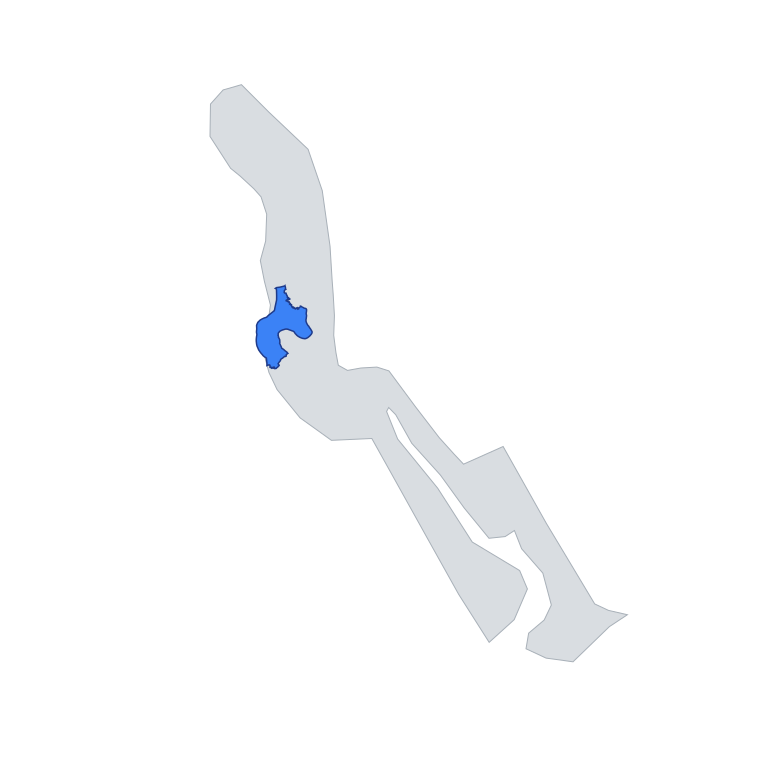 Niani, Central River, Gambia shown in context, rotated 240°
{"feature_id": "56634734B41420439456091", "entity_name": "Niani", "entity_type": "district", "adm_level": 2, "iso_a3": "GMB", "parent_name": "Gambia", "parent_adm1": "Central River", "projection": "robinson", "projection_center": [-14.889, 13.677], "detail": "fine", "context": "in_parent", "style": "filled", "palette": "blue", "viewbox_px": 768, "rotation_deg": 240, "n_neighbors": 0, "source": "geoboundaries", "source_scale": "gbopen_adm2", "svg_char_len": 6428}
<svg xmlns="http://www.w3.org/2000/svg" viewBox="0 0 768 768"><g transform="rotate(240 384 384)"><path d="M107.7,345.9L164.4,343.5L233.0,344.5L307.7,345.7L342.9,346.2L361.5,310.3L396.6,294.4L432.6,288.6L451.4,290.1L471.2,295.4L509.1,325.1L532.8,331.8L552.7,338.6L567.0,353.0L589.7,367.3L607.6,371.1L618.2,368.9L635.9,363.4L647.5,359.0L685.4,357.1L713.2,373.7L719.1,391.7L714.5,410.2L677.1,420.2L625.2,435.6L582.3,427.2L530.2,406.1L499.7,390.9L487.0,384.8L467.9,375.2L451.3,364.8L435.3,358.1L423.1,353.8L414.0,359.2L409.4,372.0L402.2,386.3L392.9,394.8L349.1,399.8L309.9,405.0L288.8,409.5L274.8,412.8L270.3,455.9L225.8,455.4L182.2,454.9L136.9,455.7L88.2,456.5L75.7,465.2L62.5,479.4L61.2,457.9L48.9,408.8L65.6,387.3L83.7,374.6L95.9,384.7L99.5,404.7L108.9,418.4L140.8,427.0L172.5,420.8L191.9,423.7L191.3,412.6L197.9,397.8L236.3,391.5L277.0,387.3L318.8,378.4L351.5,378.8L361.3,376.3L358.9,372.5L329.5,368.3L266.9,378.4L203.0,381.4L154.6,408.2L134.8,405.7L114.8,378.9L107.7,345.9Z" fill="#d9dde1" stroke="#a8b0b8" stroke-width="1"/><path d="M521.1,337.7L520.5,338.1L520.2,338.3L519.2,337.9L516.8,336.6L516.6,336.5L515.3,335.8L513.0,334.5L510.5,333.0L509.7,332.3L504.5,327.6L503.5,326.8L502.7,326.0L502.3,325.7L502.3,324.9L502.0,323.6L501.8,322.1L501.5,320.0L501.4,319.4L501.3,318.7L500.8,316.5L500.5,315.8L501.1,313.1L501.3,310.9L501.3,308.7L500.5,305.6L499.2,303.8L498.4,302.9L495.3,301.3L493.2,299.8L492.1,299.2L490.7,298.8L489.7,298.1L489.1,297.6L488.3,296.9L487.9,296.7L487.0,296.0L486.7,295.8L485.0,294.8L482.9,293.9L482.0,293.5L481.6,293.4L480.4,293.0L478.5,292.8L476.2,292.5L475.1,292.6L473.9,292.7L473.5,292.7L471.6,293.0L471.3,293.1L469.6,293.4L469.2,293.4L467.7,293.9L466.9,294.3L466.2,294.6L465.8,294.9L465.3,295.1L464.8,294.8L464.5,294.8L463.7,294.4L462.8,294.0L461.5,293.4L461.1,293.3L459.5,292.5L458.5,291.8L458.3,292.9L458.1,293.9L458.1,294.0L457.8,294.1L457.6,294.4L457.3,294.6L457.0,294.5L456.7,294.3L456.3,294.1L455.9,293.9L455.6,293.6L455.3,293.7L455.1,294.1L455.1,294.5L454.7,294.6L454.5,294.8L454.2,294.9L454.0,294.7L453.9,294.5L453.7,294.6L453.6,294.8L453.7,295.0L453.8,295.2L454.0,295.9L454.0,296.1L453.9,296.4L453.6,296.5L453.3,296.7L453.6,296.9L453.5,297.0L453.2,296.9L453.2,297.1L452.9,296.9L452.9,297.1L452.7,297.2L452.6,296.9L452.5,297.1L451.9,297.1L451.7,297.6L451.5,298.2L451.4,298.5L451.6,298.8L451.7,299.0L451.7,299.4L451.7,299.5L451.7,299.8L451.8,300.0L451.8,300.3L451.9,300.5L451.9,300.8L452.0,301.0L452.3,301.3L452.3,302.2L452.5,302.5L453.1,302.6L454.1,302.4L454.6,302.5L455.5,304.5L456.0,306.0L456.3,306.2L456.8,306.6L456.9,307.1L457.1,307.5L457.1,309.0L457.2,309.5L457.4,311.0L457.6,311.5L457.6,311.8L457.0,312.6L457.1,313.3L458.3,314.0L458.4,314.8L458.6,315.6L458.6,315.8L458.6,316.1L459.0,316.0L459.3,315.9L460.1,315.9L460.3,315.7L461.2,315.4L462.1,315.0L462.9,314.7L463.7,314.5L465.1,313.9L465.4,313.6L466.1,313.3L466.4,313.3L466.7,313.5L471.6,314.0L472.0,314.6L472.3,314.7L472.5,314.8L473.4,315.3L474.8,315.9L475.3,315.9L475.5,315.9L476.1,316.0L476.5,316.0L476.6,315.9L476.9,315.9L477.0,315.9L477.1,316.0L477.4,316.0L477.5,316.2L478.4,316.5L478.7,316.5L479.0,316.5L479.2,316.8L479.4,316.8L479.5,316.9L480.0,317.3L480.4,317.5L480.6,317.6L480.8,317.7L481.0,318.0L481.1,318.3L481.4,319.1L481.5,319.4L481.6,319.6L481.7,320.0L481.8,321.2L481.7,321.4L481.7,321.7L481.6,322.5L481.5,323.6L481.3,324.0L481.2,324.2L481.2,324.4L481.2,324.8L481.0,325.2L480.9,325.8L480.6,326.6L480.4,326.8L480.2,327.2L479.9,327.6L479.6,327.9L479.5,328.2L479.2,328.3L477.3,329.9L476.9,330.3L476.6,330.4L476.4,330.6L476.1,330.9L475.7,331.3L475.0,331.8L474.8,331.9L474.5,332.1L474.0,332.2L473.5,332.3L472.7,332.3L472.1,332.3L471.4,332.5L470.8,332.7L470.6,332.7L469.6,332.9L469.2,333.1L468.6,333.3L467.8,333.7L467.7,333.8L466.6,334.4L465.8,335.0L465.1,335.5L464.5,336.1L464.0,336.5L463.5,337.3L463.2,337.5L463.1,337.8L462.8,338.1L462.7,338.4L462.5,338.8L462.4,339.3L462.4,339.7L462.3,340.3L462.3,340.7L462.3,341.4L462.5,342.3L462.5,342.7L462.7,343.5L462.7,343.8L462.8,344.0L462.9,344.4L463.0,344.5L463.1,344.9L463.2,345.2L463.4,345.7L463.5,346.0L463.7,346.4L463.9,346.7L464.1,347.0L464.3,347.2L464.5,347.4L464.8,347.6L465.0,347.7L465.4,347.9L466.5,347.9L467.0,347.9L467.3,347.9L468.4,347.9L468.9,347.8L469.0,347.8L469.5,347.8L469.7,347.7L471.6,347.7L471.9,347.7L472.6,347.4L475.0,347.4L475.8,347.5L476.6,347.7L476.9,347.7L477.7,348.0L478.0,348.2L478.5,348.5L478.8,348.6L478.9,348.8L479.6,349.4L479.9,349.6L480.3,349.9L481.6,350.9L482.1,351.2L482.3,351.3L483.1,351.5L483.4,351.6L484.2,352.0L484.7,352.4L485.4,353.0L486.3,353.6L486.8,354.0L487.5,354.2L488.0,354.2L488.5,354.0L488.7,353.7L488.9,353.6L489.6,352.8L491.2,351.9L491.5,351.6L492.0,351.3L492.3,351.2L492.7,351.1L492.8,351.0L492.7,351.0L492.7,350.0L492.6,348.8L492.6,348.2L492.3,348.1L492.1,348.0L491.8,347.8L491.7,347.6L491.9,347.4L492.1,347.3L492.6,347.3L492.8,347.2L492.7,346.9L492.5,346.6L492.9,346.6L493.1,346.3L493.5,346.7L493.6,346.2L493.4,346.0L493.3,345.9L493.4,345.7L493.7,345.6L493.7,345.3L493.4,345.1L493.4,344.8L493.7,344.8L493.8,344.6L494.1,344.3L494.3,344.5L494.7,344.4L494.9,344.4L495.1,344.4L495.3,344.3L495.6,344.1L495.4,343.8L495.2,343.5L495.3,343.3L495.6,343.4L496.1,343.3L496.2,343.7L496.3,343.7L496.5,343.2L496.5,342.9L496.8,342.9L496.9,343.1L497.2,343.0L497.6,342.9L497.9,343.0L498.1,343.2L498.3,343.2L498.6,343.5L498.8,343.4L499.1,343.4L499.2,343.2L499.1,342.9L499.4,342.9L499.8,342.9L500.0,342.5L500.2,343.0L500.4,343.1L500.6,343.1L500.9,342.9L501.0,342.8L501.5,342.5L501.9,342.5L502.1,342.8L502.2,343.0L502.5,343.0L503.0,342.4L503.2,342.1L503.5,342.2L503.8,341.8L504.0,341.5L504.3,341.4L504.5,341.4L504.7,341.2L504.9,341.2L505.1,340.9L505.4,341.1L505.4,341.3L505.1,341.7L505.1,341.8L505.2,342.1L505.4,342.2L505.5,342.6L505.3,342.6L505.2,342.5L505.1,343.0L504.7,343.4L504.7,343.5L504.8,343.7L505.0,344.0L504.6,344.3L504.5,344.5L504.5,344.8L504.7,345.0L504.9,344.9L505.0,344.8L505.3,344.6L505.7,344.5L505.8,344.5L506.0,344.1L506.4,343.8L506.6,343.8L506.8,344.2L507.0,344.0L507.3,343.6L507.6,343.7L508.1,344.1L508.4,344.1L508.6,344.2L509.1,344.2L509.4,344.1L509.6,344.1L510.0,344.3L510.4,344.3L510.8,344.2L511.2,344.4L511.5,344.6L511.8,344.5L512.1,344.0L512.4,343.5L512.7,343.4L513.1,343.3L514.4,344.2L514.7,344.4L514.9,344.8L515.0,345.2L515.1,345.7L515.1,346.4L515.7,346.4L516.0,346.4L516.5,346.7L517.0,347.0L518.6,347.4L518.5,347.2L519.9,342.3L521.2,339.2L521.2,338.5L521.1,337.7Z" fill="#3b82f6" stroke="#1e3a8a" stroke-width="1.5"/></g></svg>